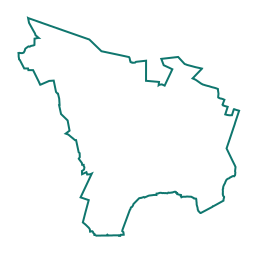 outline of Oirschot, Noord-Brabant, Netherlands, rotated 91°
{"feature_id": "6326949B78651691159408", "entity_name": "Oirschot", "entity_type": "district", "adm_level": 2, "iso_a3": "NLD", "parent_name": "Netherlands", "parent_adm1": "Noord-Brabant", "projection": "albers", "projection_center": [5.295, 51.489], "detail": "fine", "context": "isolated", "style": "outline", "palette": "teal", "viewbox_px": 256, "rotation_deg": 91, "n_neighbors": 0, "source": "geoboundaries", "source_scale": "gbopen_adm2", "svg_char_len": 5108}
<svg xmlns="http://www.w3.org/2000/svg" viewBox="0 0 256 256"><g transform="rotate(91 128 128)"><path d="M199.0,31.3L197.8,31.2L197.6,31.2L196.8,31.0L195.6,30.7L195.4,30.7L195.2,30.7L195.0,30.8L194.9,31.1L194.4,31.5L193.5,31.9L193.0,32.0L192.5,32.1L192.3,32.0L192.2,31.9L191.6,32.1L191.4,32.1L190.4,32.0L189.9,32.0L189.1,32.1L188.6,32.1L188.1,32.1L187.7,32.2L187.4,32.1L187.0,31.8L186.6,31.9L186.3,31.9L185.8,31.8L185.0,31.7L183.6,31.2L181.3,30.0L180.0,29.6L179.8,29.5L178.2,28.7L177.9,28.5L177.8,28.4L176.9,27.1L176.5,26.0L176.3,25.7L175.6,25.0L175.5,24.7L175.4,24.5L175.1,23.8L174.5,22.9L174.4,22.8L174.4,22.7L174.4,22.3L174.3,22.0L174.2,21.7L174.3,21.4L174.4,21.0L173.4,20.2L173.2,20.1L170.5,19.9L170.1,20.0L169.4,20.2L165.1,19.8L164.3,20.2L163.6,20.5L160.5,22.1L158.2,23.3L146.7,29.1L136.7,25.9L126.2,22.6L122.5,21.4L122.1,21.3L120.6,20.9L108.8,17.2L108.6,17.8L108.1,19.9L107.3,22.3L107.4,22.5L113.4,24.3L113.5,26.7L113.5,27.0L113.4,27.7L113.3,28.4L113.3,28.7L112.7,31.0L105.1,28.7L104.5,30.9L104.2,32.1L103.8,33.2L103.7,33.2L103.7,33.3L103.1,33.9L98.1,32.1L97.8,32.8L97.6,33.2L97.4,33.8L97.2,34.4L97.0,35.2L96.9,35.6L96.9,36.1L96.8,36.4L96.2,37.8L96.0,38.1L95.9,38.3L95.7,38.4L93.0,38.2L92.9,38.2L92.3,38.1L89.8,38.5L89.2,38.6L87.4,38.8L86.6,41.1L86.2,42.6L85.8,44.4L85.4,45.8L84.8,47.8L84.5,49.2L84.0,51.2L83.4,53.2L83.2,54.0L82.8,54.7L82.5,55.4L79.1,60.4L78.8,60.9L78.5,61.4L77.4,64.0L77.3,63.9L77.2,64.2L67.5,55.2L67.3,55.1L66.4,59.5L66.0,61.5L65.3,64.3L63.9,70.0L63.6,70.7L63.0,72.5L56.1,79.1L58.3,95.9L64.6,93.4L67.2,87.5L68.5,84.7L73.0,86.7L81.4,90.5L85.0,92.1L83.8,94.9L84.2,97.4L84.7,98.1L81.4,97.8L80.5,110.8L60.4,111.1L61.5,119.7L61.7,121.2L62.5,122.1L62.6,123.1L62.7,124.4L62.7,124.5L62.5,125.4L62.3,125.4L62.2,126.0L62.0,126.6L60.7,126.9L60.6,127.1L60.4,127.1L58.6,127.5L57.9,127.7L57.1,128.2L56.9,129.1L55.1,138.2L51.7,155.9L40.2,168.2L31.4,194.9L26.8,208.8L26.4,209.9L25.4,213.0L20.4,228.0L19.9,229.6L19.8,229.8L24.6,228.8L32.7,224.1L35.0,222.7L36.8,222.1L39.5,218.9L39.5,219.3L39.5,219.5L40.1,222.1L40.3,223.0L46.6,223.0L46.8,223.3L46.9,223.5L47.1,224.0L47.2,224.5L47.6,226.2L47.6,226.4L48.2,227.3L48.3,227.5L48.4,227.8L48.3,228.0L48.3,228.6L48.2,228.7L48.3,228.9L48.3,229.1L48.5,229.5L50.4,231.9L50.5,232.0L50.9,232.2L52.1,232.5L52.3,232.6L52.8,232.7L54.2,233.5L54.4,233.6L54.5,233.7L54.5,233.8L54.9,234.9L55.0,235.2L55.0,235.4L54.9,237.2L54.8,237.7L54.8,238.0L54.8,238.3L55.0,238.7L55.0,238.8L56.5,238.6L58.0,238.6L59.0,238.5L59.7,238.3L61.2,238.1L61.3,238.1L61.8,237.5L61.8,237.4L70.3,232.8L70.3,232.7L70.2,229.0L71.9,228.6L71.8,223.9L84.8,217.2L84.8,217.3L86.3,216.6L86.3,216.4L82.3,207.6L81.9,203.1L93.2,200.6L94.9,199.0L94.9,198.6L99.9,197.3L106.2,196.8L106.3,197.3L115.2,195.2L116.7,193.6L121.5,188.5L131.7,186.4L134.7,190.2L135.6,187.6L141.1,180.7L141.0,180.0L141.0,179.7L153.1,176.9L154.0,175.9L158.0,175.7L159.6,176.7L163.8,173.5L165.6,173.2L165.6,171.7L166.6,171.7L168.0,170.9L170.1,171.2L170.6,171.6L170.8,171.8L171.8,173.3L175.0,173.1L172.9,168.8L175.2,168.0L175.1,167.0L175.0,166.3L175.0,165.3L174.9,165.0L174.8,164.7L174.2,163.4L177.3,164.8L198.2,174.2L200.8,166.0L212.7,169.0L223.2,171.5L224.9,169.3L225.4,168.7L228.5,165.4L228.8,165.2L229.2,164.9L229.6,164.6L230.1,164.4L230.5,164.3L230.9,164.3L232.3,164.1L232.2,163.5L232.2,163.4L232.2,163.2L231.9,162.7L231.8,162.4L231.8,162.1L231.9,161.8L232.1,161.6L232.4,161.3L232.8,161.1L233.5,160.9L233.7,160.7L234.3,160.0L234.5,159.7L235.2,159.9L235.4,159.9L235.6,159.8L235.6,159.7L235.5,159.1L235.7,158.7L235.9,158.3L236.2,157.8L236.1,157.5L236.1,155.7L236.1,154.4L236.0,152.8L235.9,146.6L235.2,147.0L235.1,146.9L235.8,146.4L235.6,145.6L235.8,145.4L235.7,141.9L235.6,141.1L235.5,137.2L235.4,134.5L236.0,134.7L236.0,133.8L235.4,133.6L234.9,133.4L234.9,131.5L234.8,130.4L234.7,130.4L232.2,130.8L231.2,132.0L229.8,131.7L209.8,124.7L209.4,124.3L207.4,123.7L206.7,122.5L205.4,121.7L204.0,121.2L203.9,121.2L198.0,115.6L197.6,113.8L197.7,113.7L196.7,110.9L197.0,110.5L197.2,110.3L196.1,107.8L195.6,106.8L195.5,106.6L195.3,106.0L195.2,105.8L194.7,102.1L194.5,101.0L194.5,100.3L194.4,99.8L194.5,98.4L193.7,98.4L193.1,98.3L193.1,98.0L193.0,97.4L192.9,96.6L192.7,96.1L192.4,95.7L192.2,94.1L192.4,92.9L192.5,92.7L192.5,92.3L192.4,91.6L192.4,91.3L192.5,90.3L192.5,90.2L192.5,89.7L192.4,89.4L192.5,88.4L192.6,87.8L192.6,87.3L191.9,86.6L192.1,85.2L191.9,84.0L191.7,82.9L191.8,82.8L191.6,82.2L191.0,80.6L191.0,80.4L191.0,80.2L190.9,79.8L191.0,79.3L191.0,79.2L191.2,78.9L191.6,78.9L192.0,78.8L192.1,77.7L192.7,77.6L193.3,77.6L193.4,76.9L193.5,76.4L193.8,75.8L193.8,75.5L193.9,75.3L193.9,74.7L194.1,73.8L194.5,73.8L195.5,74.0L196.0,73.4L196.3,73.3L195.8,72.1L195.7,69.4L195.7,68.9L195.6,68.6L195.5,68.1L195.5,67.2L195.6,65.3L195.6,63.9L195.6,63.6L196.8,61.4L196.7,61.4L197.0,60.8L197.3,60.7L197.4,59.5L197.5,58.8L197.5,58.7L198.0,58.5L200.1,58.3L201.4,58.1L201.7,58.1L203.1,58.0L203.4,58.0L203.8,57.9L206.4,57.1L206.5,57.1L206.9,57.0L208.5,56.8L209.2,56.3L209.3,56.3L209.6,56.3L210.4,55.6L211.4,54.4L211.7,54.2L211.7,53.7L205.4,42.3L205.2,42.2L204.9,41.9L205.0,41.8L203.5,39.1L199.0,31.3Z" fill="none" stroke="#0f766e" stroke-width="2"/></g></svg>